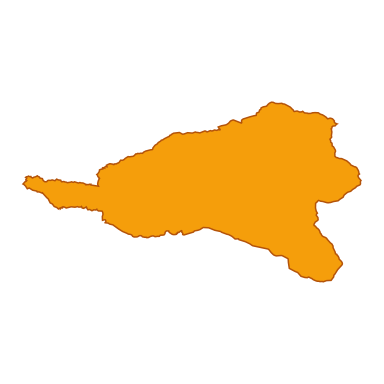 outline of Ibanesti, Mures, Romania
{"feature_id": "2599482B16431385542247", "entity_name": "Ibanesti", "entity_type": "district", "adm_level": 2, "iso_a3": "ROU", "parent_name": "Romania", "parent_adm1": "Mures", "projection": "robinson", "projection_center": [25.127, 46.761], "detail": "fine", "context": "isolated", "style": "filled", "palette": "amber", "viewbox_px": 384, "rotation_deg": 0, "n_neighbors": 0, "source": "geoboundaries", "source_scale": "gbopen_adm2", "svg_char_len": 5988}
<svg xmlns="http://www.w3.org/2000/svg" viewBox="0 0 384 384"><path d="M323.2,281.8L326.6,280.6L331.1,280.4L333.7,276.9L333.8,275.3L334.9,274.1L337.7,269.6L342.0,264.9L342.4,263.9L342.2,262.8L341.5,261.5L339.2,259.2L338.8,257.5L338.0,256.0L337.2,255.4L336.9,254.4L335.5,253.8L335.1,252.0L333.1,247.7L333.0,246.0L331.8,243.9L330.4,242.9L327.2,239.3L326.8,238.5L325.7,237.6L323.0,236.5L321.9,235.6L320.9,233.6L320.1,232.8L319.9,231.6L319.0,229.9L317.6,228.4L316.6,227.9L315.5,226.2L314.3,225.7L314.0,225.2L314.0,224.3L315.2,222.1L317.7,220.4L318.1,219.7L317.9,217.5L316.3,215.4L316.5,214.0L317.4,213.2L316.2,211.1L315.5,208.0L315.6,203.3L317.5,201.5L318.0,200.8L318.6,200.4L320.6,201.2L322.9,201.5L326.6,202.6L328.1,202.8L330.5,202.5L333.7,201.5L338.1,200.8L340.0,199.2L343.0,197.3L343.4,196.8L343.7,195.8L344.3,194.9L347.0,192.7L348.0,192.1L350.7,191.3L352.6,189.5L355.5,187.7L356.7,186.3L359.9,184.9L360.5,183.9L360.4,181.5L361.0,180.5L359.0,178.2L358.1,176.6L358.0,175.7L358.2,175.1L359.5,174.0L358.9,173.3L358.8,172.1L358.4,170.7L356.7,167.7L355.6,166.9L354.6,166.8L350.9,165.0L349.8,163.5L346.8,160.9L341.7,158.6L339.2,158.5L337.2,157.6L336.4,157.6L334.9,156.3L334.8,152.9L335.5,151.5L335.4,150.2L333.5,146.8L332.2,145.9L332.0,143.2L330.7,142.2L330.7,140.8L329.9,139.2L331.6,137.3L331.6,136.5L331.4,135.7L331.9,131.8L331.6,131.4L331.6,129.8L331.1,128.9L331.8,128.2L332.0,127.6L331.9,127.0L332.9,126.1L335.2,125.8L336.5,124.2L337.1,123.9L335.1,123.1L334.2,121.9L334.4,121.0L333.3,119.6L332.4,118.8L330.7,118.2L329.8,118.2L327.9,118.8L327.5,118.8L326.4,117.4L323.8,115.6L322.4,114.8L320.4,114.2L318.3,112.8L315.0,112.6L312.5,112.8L310.7,113.4L308.0,113.5L307.8,113.2L304.5,112.9L302.7,111.3L301.7,111.9L301.1,111.8L299.9,112.1L297.1,111.0L294.2,111.5L293.8,111.2L293.0,109.7L292.0,109.0L291.7,108.5L290.1,107.0L284.6,104.1L282.5,103.8L281.9,103.3L278.2,103.6L275.4,103.4L273.1,102.3L271.4,102.2L269.4,103.2L268.1,104.3L266.5,106.2L263.1,106.9L261.1,107.9L260.7,109.5L259.6,110.0L259.1,111.8L258.6,112.3L256.8,112.9L256.5,113.2L256.2,115.4L254.2,115.7L250.0,116.8L243.1,119.0L241.6,120.2L241.5,121.4L241.7,122.6L241.5,123.0L241.1,123.0L233.5,120.0L232.6,120.1L230.5,121.0L228.6,123.2L226.9,124.4L225.8,124.9L221.3,125.8L218.2,127.0L218.8,128.1L219.8,129.0L220.1,129.7L219.9,129.9L218.2,129.7L216.9,130.4L214.3,130.0L213.3,130.6L211.9,131.0L210.3,130.6L207.3,131.9L206.4,131.7L205.8,131.1L204.7,131.0L199.8,132.9L197.9,132.5L196.5,132.4L195.3,132.0L192.4,133.1L187.6,132.7L184.0,134.0L182.6,134.2L179.4,132.5L173.6,133.2L171.4,134.4L170.7,135.2L169.7,135.4L169.3,136.4L169.0,136.6L168.4,136.7L164.4,138.7L162.7,139.9L161.3,140.2L160.6,141.1L158.3,142.5L157.1,144.0L155.1,145.2L154.5,145.9L152.9,148.0L152.8,149.0L152.3,149.6L150.2,149.9L145.6,151.1L143.7,152.1L142.5,153.3L140.6,153.2L139.3,153.6L137.7,153.4L136.8,153.9L135.8,153.9L134.2,155.6L133.2,156.3L129.4,156.8L128.1,156.6L125.2,158.4L124.0,159.6L122.5,160.3L120.6,160.2L119.2,162.3L118.5,162.9L117.3,163.2L116.6,163.8L114.1,164.0L113.9,164.2L114.2,164.4L114.0,164.6L113.1,164.5L112.5,164.1L109.9,163.7L108.1,164.4L106.4,165.3L107.0,166.7L105.6,166.6L103.9,167.6L104.2,168.0L102.8,167.7L102.4,168.1L102.9,168.8L101.9,169.2L100.5,169.4L99.5,169.9L99.3,171.5L97.8,173.8L96.8,174.5L97.3,175.0L98.0,176.8L98.9,177.4L98.9,178.1L99.5,178.4L98.5,180.3L98.2,181.2L97.7,183.5L97.7,184.4L98.5,186.2L91.5,185.1L90.6,184.8L90.8,184.3L90.7,184.3L89.7,184.2L88.0,184.7L86.7,184.4L86.0,184.9L85.2,184.0L83.0,183.0L81.0,182.9L79.9,182.5L78.6,183.0L77.9,182.9L74.5,181.8L73.3,182.4L71.4,181.8L70.5,182.2L67.3,182.7L66.1,182.1L64.9,182.0L63.9,181.5L61.8,181.8L61.2,181.3L60.7,180.2L58.2,179.9L56.7,179.1L55.0,180.7L52.1,179.9L50.7,180.4L48.7,180.3L47.6,180.6L46.7,181.7L45.0,181.8L44.2,181.4L43.0,180.2L42.4,178.6L40.0,178.1L39.4,177.0L38.3,176.6L37.3,175.8L35.6,176.8L33.8,177.2L32.7,178.0L31.2,177.3L30.9,176.5L29.5,176.6L28.5,176.1L27.9,176.5L26.4,176.8L25.6,177.4L26.7,178.2L26.1,179.7L25.9,179.7L26.0,180.9L26.5,180.9L26.2,181.3L25.1,181.7L23.0,184.0L23.8,184.4L25.5,186.0L27.3,188.8L29.2,188.0L32.7,190.2L36.8,191.1L37.2,191.9L39.1,191.9L42.1,193.1L42.4,192.8L46.9,197.8L48.1,198.7L50.2,202.9L52.4,204.0L54.2,206.5L56.8,207.5L58.4,209.0L60.1,208.0L60.3,208.9L62.1,207.1L62.6,207.8L63.3,206.8L64.5,207.1L66.2,208.0L71.2,206.8L75.0,207.2L77.5,206.6L78.8,207.1L80.9,207.0L81.5,206.5L82.2,208.0L83.8,208.4L84.0,208.0L85.7,207.5L86.2,206.9L86.6,207.4L86.9,208.3L87.9,209.8L89.8,209.5L91.8,210.7L92.7,210.5L93.6,209.8L95.6,210.0L96.7,209.3L96.8,209.9L97.5,210.2L98.3,210.9L102.0,211.1L102.7,212.3L103.0,214.3L102.3,216.6L102.5,220.3L104.8,219.7L105.4,219.9L105.7,220.4L105.9,221.4L105.7,222.0L105.3,222.5L104.5,222.7L108.1,223.1L109.7,224.1L112.8,224.8L118.6,229.0L122.6,231.5L126.9,233.3L128.3,234.1L129.9,234.3L131.2,234.7L132.1,235.4L132.6,236.3L134.1,237.0L136.9,236.9L137.7,236.7L139.4,235.7L140.3,235.6L141.5,235.8L142.4,236.8L144.8,237.3L146.4,237.3L146.8,237.7L148.5,237.5L150.6,236.4L152.2,236.0L153.3,235.9L155.1,236.7L157.8,236.3L158.9,236.4L159.4,236.3L160.1,235.4L160.5,235.2L163.1,235.1L164.3,234.7L165.0,233.5L165.1,232.4L165.9,231.4L166.6,230.9L168.7,231.0L168.7,231.6L169.7,232.7L172.0,234.2L173.2,234.6L174.9,234.6L176.4,234.3L176.6,234.1L176.4,233.5L176.6,233.3L177.4,233.3L177.7,232.4L178.3,232.3L178.8,232.5L181.2,230.7L181.6,230.7L181.9,231.1L181.7,232.0L182.8,233.4L182.7,234.5L183.3,234.8L184.1,234.9L193.4,232.1L194.5,230.9L197.8,230.3L199.9,229.6L203.2,227.5L208.7,227.8L214.9,230.3L220.6,231.5L221.7,232.3L226.8,234.2L228.6,234.6L231.2,235.9L232.3,236.6L235.1,239.0L238.5,238.8L239.0,239.7L245.4,241.7L249.8,243.8L252.1,245.4L252.9,245.8L267.9,249.0L268.8,249.5L271.2,252.6L273.5,254.8L274.4,255.3L276.2,255.9L281.0,255.5L282.1,255.6L287.7,258.5L288.2,259.1L288.4,262.5L289.3,268.4L295.2,271.5L297.7,272.5L301.0,276.3L304.9,277.5L307.3,277.7L308.3,277.1L308.8,277.1L312.2,278.8L313.3,279.7L315.6,280.7L317.1,281.2L319.0,281.3L319.9,281.6L322.3,281.5L323.2,281.8Z" fill="#f59e0b" stroke="#b45309" stroke-width="1.5"/></svg>